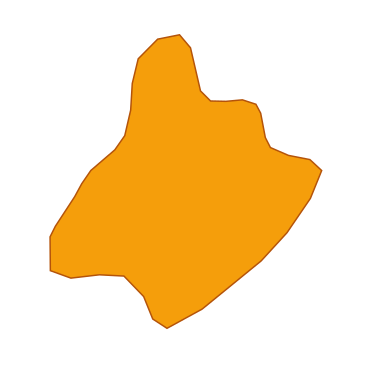 Harari People, Equal Earth projection, rotated 207°
{"feature_id": "ETH-3136", "entity_name": "Harari People", "entity_type": "Administrative State", "adm_level": 1, "iso_a3": "ETH", "parent_name": "Ethiopia", "parent_adm1": "", "projection": "equal_earth", "projection_center": [42.189, 9.287], "detail": "fine", "context": "isolated", "style": "filled", "palette": "amber", "viewbox_px": 384, "rotation_deg": 207, "n_neighbors": 0, "source": "natural_earth", "source_scale": "10m", "svg_char_len": 588}
<svg xmlns="http://www.w3.org/2000/svg" viewBox="0 0 384 384"><g transform="rotate(207 192 192)"><path d="M282.5,57.6L298.1,87.6L298.2,99.4L294.4,134.6L294.0,149.4L291.9,165.3L279.9,194.5L277.5,211.7L283.8,237.1L294.5,261.6L300.4,286.3L292.0,312.6L274.5,326.4L258.8,319.8L230.3,285.9L216.8,281.5L202.9,288.2L188.9,297.0L174.9,299.2L166.6,293.4L151.4,273.8L142.3,267.2L122.7,268.4L101.7,274.4L86.2,270.0L83.6,240.0L88.9,198.8L99.1,162.0L129.8,92.3L152.4,59.2L169.3,61.0L187.6,76.9L214.5,86.2L236.9,76.2L260.8,60.3L282.5,57.6Z" fill="#f59e0b" stroke="#b45309" stroke-width="1.5"/></g></svg>